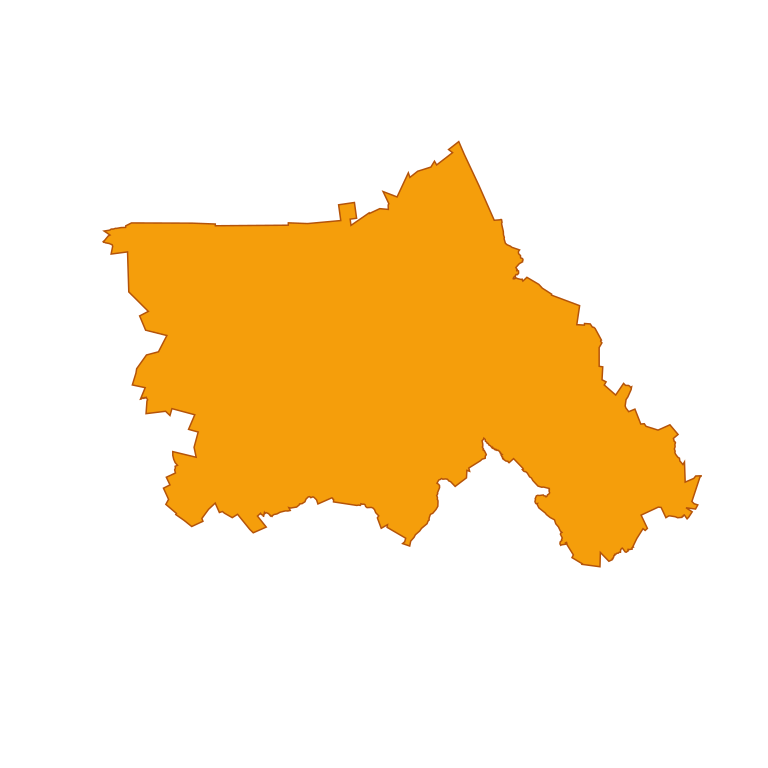 the district of Camargo, Chihuahua, Mexico, rotated 245°
{"feature_id": "50627088B69672703244103", "entity_name": "Camargo", "entity_type": "district", "adm_level": 2, "iso_a3": "MEX", "parent_name": "Mexico", "parent_adm1": "Chihuahua", "projection": "albers", "projection_center": [-104.713, 28.058], "detail": "fine", "context": "isolated", "style": "filled", "palette": "amber", "viewbox_px": 768, "rotation_deg": 245, "n_neighbors": 0, "source": "geoboundaries", "source_scale": "gbopen_adm2", "svg_char_len": 6171}
<svg xmlns="http://www.w3.org/2000/svg" viewBox="0 0 768 768"><g transform="rotate(245 384 384)"><path d="M636.9,211.8L638.1,207.3L638.6,206.4L638.9,203.6L639.4,203.2L639.7,202.0L639.4,201.0L639.6,199.6L640.9,195.0L634.8,198.6L634.7,196.6L632.2,191.4L631.7,189.6L631.0,189.7L630.9,190.3L629.7,191.2L627.4,194.4L625.0,196.5L623.5,196.3L617.1,191.6L612.1,207.4L575.3,191.6L549.4,201.1L549.0,191.3L533.5,190.7L519.7,207.7L508.5,193.2L510.7,181.0L502.4,166.3L498.7,163.8L489.5,155.5L481.6,166.0L473.2,156.9L473.0,157.8L473.4,159.4L472.7,159.9L473.0,161.0L472.2,161.3L472.5,162.8L469.5,163.1L468.8,162.0L457.7,155.8L451.6,174.5L445.9,176.7L451.3,181.4L436.1,199.5L425.5,187.7L419.0,195.3L406.9,185.1L397.0,182.8L412.0,164.0L408.5,162.4L404.7,161.6L401.0,161.5L397.6,162.5L397.7,159.9L396.0,159.4L394.7,158.0L391.5,157.4L391.5,147.3L383.0,147.4L382.8,140.1L370.5,140.0L367.1,135.4L354.4,141.2L353.7,140.1L345.0,145.1L336.1,149.5L336.1,161.9L339.1,162.1L344.6,172.1L347.4,180.7L337.1,180.5L336.7,183.7L334.5,184.7L327.0,190.0L327.8,196.2L309.0,200.9L304.4,202.6L304.1,216.8L317.8,213.5L319.0,217.5L317.9,217.5L315.9,219.0L314.5,218.6L317.9,221.2L316.9,221.2L317.3,222.7L315.3,224.6L312.6,225.3L312.9,225.6L311.3,226.5L312.0,227.8L312.2,229.1L311.5,232.1L311.7,235.7L310.7,240.9L309.5,243.3L309.0,245.6L312.2,245.5L311.1,246.8L309.4,252.8L310.4,256.5L311.0,256.8L310.2,259.2L310.7,262.6L312.6,264.6L313.7,267.7L313.3,269.1L311.9,269.6L311.8,271.9L310.8,272.7L307.5,273.9L303.2,273.4L302.9,288.4L302.3,289.1L301.3,289.0L300.7,289.5L298.5,288.4L285.4,308.1L285.0,309.8L284.0,311.2L284.5,312.2L285.2,312.5L284.0,313.9L283.6,315.1L282.6,315.8L280.7,315.6L279.1,316.4L277.5,320.4L276.2,321.6L274.2,322.3L270.9,322.1L266.7,323.5L265.5,321.4L254.4,320.5L255.0,327.7L252.8,326.2L235.1,338.5L232.3,336.1L231.5,333.4L226.3,338.8L230.3,341.8L232.3,346.4L234.1,348.7L235.7,354.2L237.3,357.0L239.2,364.0L241.1,365.9L241.6,367.4L243.4,368.2L246.0,370.7L246.3,371.6L246.2,373.5L248.3,378.1L250.4,381.1L254.5,383.2L255.9,383.7L256.9,383.5L258.6,384.5L260.7,384.6L261.3,385.7L262.0,386.4L262.7,386.4L266.6,390.6L268.5,391.4L270.0,391.1L271.7,390.1L273.4,392.4L273.9,393.3L273.7,394.5L274.0,396.2L272.9,397.0L271.9,399.8L270.8,401.3L268.9,401.7L267.3,403.1L261.1,405.2L264.1,419.1L270.7,422.6L268.7,424.7L272.0,425.3L273.7,439.0L274.4,441.2L273.9,444.3L275.9,445.4L276.6,446.8L277.5,446.9L281.1,446.8L281.9,446.0L282.5,446.0L282.8,446.7L285.3,446.5L285.8,447.2L288.0,448.2L291.1,448.9L291.7,450.5L292.7,451.6L290.9,452.3L289.4,451.7L287.9,452.5L286.7,452.5L286.1,453.2L284.1,453.4L283.2,454.3L280.2,455.0L279.7,455.4L280.1,455.7L279.6,455.7L279.1,456.4L277.9,456.5L277.1,457.3L277.6,457.6L277.3,458.0L276.0,458.4L275.9,459.3L273.5,460.4L272.7,460.1L272.4,460.6L271.7,460.4L270.5,461.1L270.6,460.6L270.2,460.8L269.8,460.1L268.0,460.5L268.0,460.2L266.5,460.4L266.2,460.0L265.7,460.2L265.6,460.7L265.0,460.6L262.7,461.9L261.5,463.7L260.3,463.7L259.8,464.1L261.6,469.9L248.8,474.3L248.0,474.3L248.0,473.2L246.1,473.7L245.3,474.3L244.7,475.3L242.8,476.2L238.3,476.7L236.5,477.9L233.6,478.1L226.4,480.4L223.8,483.3L223.2,485.0L219.5,489.6L219.0,489.1L218.1,489.2L217.4,488.4L215.3,488.1L214.6,486.8L214.4,485.3L213.3,484.0L213.3,483.1L214.3,482.9L215.1,481.7L216.1,481.5L217.2,477.9L218.2,476.1L218.2,474.8L216.1,472.5L215.6,472.6L213.6,471.1L211.9,471.0L211.2,471.3L210.8,472.6L210.3,471.9L206.3,472.0L198.8,475.7L197.1,476.0L192.7,478.2L188.9,481.1L184.7,480.6L180.7,481.7L176.4,481.7L174.3,482.5L174.3,481.4L173.4,480.4L169.1,480.5L168.0,479.2L167.2,479.1L166.4,476.9L164.7,475.9L163.1,476.0L163.2,476.9L162.0,481.0L163.4,481.3L163.3,482.5L160.7,482.0L149.1,483.4L147.2,481.0L137.3,487.7L136.9,487.2L127.1,502.5L139.9,508.9L128.3,512.9L128.3,516.5L129.1,517.0L128.9,517.7L129.8,518.3L130.1,519.1L131.3,519.9L131.3,520.9L132.1,521.1L131.8,522.4L132.2,523.5L131.7,524.8L132.1,526.3L131.6,527.2L133.9,528.5L134.6,530.4L134.5,530.7L129.9,531.6L129.2,532.4L129.6,534.8L130.6,534.4L130.3,534.7L131.0,535.4L130.4,536.1L129.5,539.1L130.7,539.5L130.8,541.0L131.3,540.7L137.1,547.8L143.4,557.6L140.9,558.8L141.8,561.7L156.5,561.6L156.5,580.6L155.0,583.0L143.7,583.0L144.1,586.3L143.7,587.3L140.6,591.9L138.7,593.6L137.2,597.7L137.9,598.4L137.6,599.1L138.4,599.9L138.4,600.8L133.7,601.7L134.5,603.8L137.9,609.3L144.2,605.4L139.0,613.5L141.8,617.3L144.4,614.5L147.4,613.4L166.0,630.9L166.4,632.4L166.8,632.6L168.9,627.6L167.5,624.9L167.8,615.5L186.4,623.4L184.7,620.9L189.3,619.6L191.9,620.4L193.6,619.3L197.1,618.6L199.1,618.7L200.1,619.5L202.4,619.7L204.1,621.3L206.5,622.2L207.5,623.3L208.3,623.4L209.3,622.8L212.4,623.3L214.0,629.2L226.2,625.9L226.4,612.9L234.9,603.6L238.0,603.1L239.2,599.8L255.2,600.8L255.5,594.1L260.0,593.1L262.2,593.3L267.6,596.8L269.2,599.5L274.5,605.6L276.8,607.2L276.7,606.1L278.3,605.7L279.4,604.9L280.7,602.3L283.3,601.4L276.1,589.3L290.0,583.2L292.1,586.2L295.7,583.4L307.1,589.5L309.1,586.5L326.1,594.4L329.2,598.9L331.2,598.4L331.9,599.0L331.9,599.6L345.1,598.8L346.7,598.1L347.5,596.9L351.3,596.3L354.1,591.3L352.7,590.5L356.3,583.8L372.3,594.4L393.7,573.4L394.6,573.9L403.9,568.0L408.9,566.4L420.3,558.6L418.6,553.4L420.7,553.4L420.6,552.7L422.9,549.8L424.4,548.4L424.8,548.4L424.2,547.5L424.3,546.4L425.0,545.1L425.0,546.4L425.3,546.1L425.8,546.6L426.4,548.5L427.4,550.0L426.7,551.1L427.5,552.8L429.6,553.7L430.4,553.0L430.6,552.2L431.3,552.4L431.5,553.1L433.8,552.7L435.9,557.5L436.2,561.3L437.1,561.5L437.5,562.3L438.3,562.6L439.2,562.5L440.6,561.1L442.8,562.0L444.7,561.2L446.0,561.2L447.4,562.0L448.2,563.5L453.9,557.6L455.4,556.9L458.2,554.4L460.3,553.5L464.8,554.2L466.0,555.0L468.6,555.3L471.8,556.6L478.7,558.1L480.1,558.6L480.6,559.3L483.2,560.0L483.7,559.6L483.7,558.7L485.8,553.1L523.2,553.9L558.3,553.8L572.1,554.2L569.2,541.6L564.7,543.9L560.3,524.3L564.6,523.9L560.8,518.2L562.6,504.4L560.3,494.8L565.1,495.3L548.0,474.9L558.8,464.5L545.4,464.6L544.4,463.4L540.4,461.7L544.7,454.3L544.7,442.9L545.4,442.9L541.7,421.1L547.7,423.0L545.8,429.2L561.0,433.9L565.6,418.6L550.4,413.9L561.7,382.5L570.5,365.4L568.4,364.3L598.7,298.0L600.3,298.7L610.8,278.2L636.7,223.2L636.5,216.8L635.1,216.0L636.9,211.8Z" fill="#f59e0b" stroke="#b45309" stroke-width="1.5"/></g></svg>